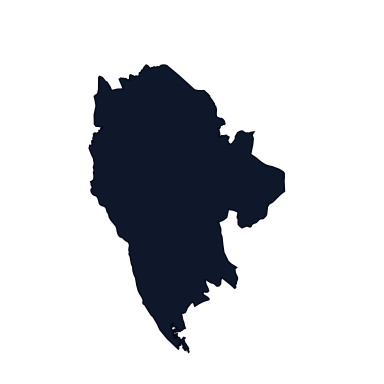 Kasenga, Katanga, Democratic Republic of the Congo, rotated 155°
{"feature_id": "63176286B77262619841164", "entity_name": "Kasenga", "entity_type": "district", "adm_level": 2, "iso_a3": "COD", "parent_name": "Democratic Republic of the Congo", "parent_adm1": "Katanga", "projection": "equal_earth", "projection_center": [28.249, -10.367], "detail": "fine", "context": "isolated", "style": "filled", "palette": "ink", "viewbox_px": 384, "rotation_deg": 155, "n_neighbors": 0, "source": "geoboundaries", "source_scale": "gbopen_adm2", "svg_char_len": 5984}
<svg xmlns="http://www.w3.org/2000/svg" viewBox="0 0 384 384"><g transform="rotate(155 192 192)"><path d="M155.1,303.7L161.5,317.2L163.0,318.5L164.5,319.2L166.4,319.8L169.5,319.0L170.1,320.1L172.4,320.3L173.5,321.4L175.1,321.3L175.9,321.7L176.6,321.4L177.3,321.5L177.8,322.0L179.0,325.5L180.0,326.4L183.0,325.0L184.7,323.6L186.2,323.5L187.2,322.3L189.3,322.1L189.7,321.7L190.3,320.1L191.2,319.6L192.0,319.6L193.6,320.7L194.2,320.8L194.8,320.2L195.5,320.6L196.1,321.9L198.2,324.1L198.8,324.1L199.5,323.2L201.1,320.1L203.0,320.8L204.3,322.9L205.4,323.1L206.4,324.2L207.7,324.4L208.3,325.3L210.2,324.9L210.5,316.2L210.9,315.0L211.5,314.6L216.0,316.6L221.4,317.7L222.1,318.5L221.9,321.5L222.6,327.3L223.8,329.0L224.8,333.2L225.6,334.4L226.8,335.8L228.0,335.3L233.2,324.5L235.0,322.0L236.2,320.7L239.0,320.4L240.1,320.0L240.9,316.2L242.5,310.5L247.9,303.3L251.7,294.7L251.3,292.3L248.5,290.8L245.9,288.4L246.4,287.5L246.8,287.4L247.3,287.9L247.8,287.9L249.0,286.4L249.4,286.4L249.7,286.8L250.3,287.0L250.7,285.3L251.0,285.0L251.7,285.6L252.3,285.5L253.4,284.6L254.0,285.8L254.6,286.3L255.3,286.5L255.8,285.7L256.4,286.2L256.9,286.1L257.2,284.4L257.8,283.6L258.6,283.2L259.0,282.6L259.9,279.6L260.3,279.4L260.2,280.6L260.9,280.7L261.2,279.5L261.8,279.6L261.9,279.2L262.1,277.6L262.5,277.1L264.0,276.7L264.8,277.5L266.7,275.1L267.1,268.3L267.0,264.2L268.5,258.9L271.0,255.8L271.2,253.7L271.5,253.0L273.1,251.1L273.9,248.0L275.1,245.7L276.2,244.6L277.6,244.1L279.5,244.1L279.6,242.5L280.2,241.3L280.2,239.0L280.7,237.8L282.4,236.9L282.8,236.1L283.3,234.4L282.9,232.1L282.2,230.8L280.2,228.7L279.8,226.8L279.9,224.6L280.7,220.8L280.6,219.8L279.8,218.3L277.6,216.2L276.9,215.2L276.6,213.7L277.2,209.6L276.8,207.1L277.6,203.9L277.1,200.1L275.3,193.3L275.5,190.7L276.3,188.0L276.8,184.4L276.2,181.9L274.2,180.0L272.8,176.3L270.9,173.7L270.6,172.5L271.1,169.9L272.9,167.4L273.8,165.7L273.9,163.9L274.8,163.1L275.3,162.0L275.3,159.3L277.2,152.5L277.3,149.0L278.7,145.6L279.4,140.9L279.3,138.3L281.4,130.5L282.3,125.3L282.2,121.8L281.7,117.2L281.8,114.8L283.0,112.8L283.4,111.7L283.2,110.9L282.5,109.9L281.0,98.1L279.9,95.0L279.1,87.0L279.2,80.9L276.4,69.9L270.8,55.5L270.0,56.1L269.9,56.6L269.8,57.4L270.4,57.7L270.4,58.2L269.6,58.0L269.1,58.4L268.5,58.1L267.6,58.3L267.3,58.1L266.7,58.2L266.6,58.6L266.9,58.9L268.1,59.0L267.1,60.5L266.5,60.6L266.5,59.8L266.2,59.5L265.7,60.0L265.3,59.8L265.4,59.4L265.0,58.7L264.5,58.8L264.7,59.6L264.1,59.9L264.0,58.7L264.4,57.9L264.9,57.4L265.2,55.3L265.9,55.0L266.0,54.5L265.6,53.8L265.3,51.8L264.7,51.9L264.5,52.5L264.7,51.4L264.5,51.0L263.4,52.1L262.7,51.7L262.7,50.2L262.9,48.7L262.8,48.2L262.3,48.5L262.2,50.8L261.3,51.4L261.4,53.9L261.8,54.8L261.7,56.2L262.2,58.1L261.9,61.2L262.1,61.6L261.7,62.1L260.4,62.3L260.0,62.7L260.9,63.7L262.1,63.3L263.0,62.4L264.1,62.7L264.3,62.2L265.1,61.9L265.6,62.5L265.0,64.2L264.9,65.1L265.1,65.4L266.5,66.5L266.2,68.4L267.2,68.2L268.2,67.3L268.5,67.3L268.0,66.6L269.5,67.1L269.7,67.4L269.1,68.5L269.1,68.9L269.6,69.5L269.5,70.0L269.2,70.0L269.2,70.5L268.1,69.2L266.9,69.1L267.1,68.8L267.8,68.8L269.1,69.6L268.4,69.0L267.6,68.7L266.0,68.9L265.4,69.8L267.3,70.2L268.1,70.0L268.6,70.7L268.5,71.5L268.1,72.3L268.2,73.4L267.8,74.7L268.5,75.6L268.7,76.4L268.1,77.3L267.1,78.0L267.9,78.9L267.8,79.8L267.4,80.1L266.0,80.2L264.9,80.8L265.0,80.4L265.5,79.6L266.0,79.2L265.7,78.9L265.7,78.1L265.2,77.6L264.2,77.4L264.0,76.4L263.4,76.3L263.2,75.9L263.8,74.2L264.0,74.9L264.5,74.4L265.3,75.0L265.6,74.9L265.6,74.3L266.5,74.7L266.9,73.6L266.9,73.4L266.5,73.6L266.7,72.9L266.7,72.3L266.5,72.0L264.3,71.7L263.5,71.3L262.0,71.3L261.6,70.7L260.8,71.0L259.3,71.0L258.9,71.4L258.4,71.3L257.7,71.6L255.7,71.4L255.5,73.7L254.7,77.4L254.5,80.2L252.9,86.6L252.3,86.6L250.9,85.8L248.8,85.8L245.2,89.1L241.2,91.2L239.4,91.9L238.1,91.8L237.3,91.0L237.7,87.3L233.4,87.9L227.6,88.1L222.2,87.3L221.8,87.9L222.1,89.3L225.1,94.1L225.1,95.5L224.1,96.4L223.3,96.4L222.4,96.1L221.8,95.4L220.8,95.3L220.5,94.9L219.2,95.1L218.7,95.5L218.4,97.6L218.4,102.4L218.0,104.3L216.9,107.0L215.4,105.7L214.8,104.2L212.7,101.3L211.4,100.6L210.5,99.4L209.2,96.2L207.4,95.6L206.1,96.0L205.0,96.7L203.5,99.5L201.8,101.5L201.0,101.7L196.2,92.2L194.0,86.8L193.1,86.8L192.5,87.4L192.1,90.0L191.1,89.9L190.6,90.3L189.7,91.9L187.8,93.6L187.0,95.3L187.0,100.5L185.8,104.2L183.5,104.8L187.3,110.5L188.6,114.1L188.7,123.8L186.4,131.4L183.9,138.6L183.6,142.3L181.6,146.3L180.8,153.2L180.4,153.5L175.0,153.5L171.3,154.4L166.4,160.9L162.5,158.4L159.6,155.6L158.9,154.1L159.2,153.3L161.7,150.0L161.7,147.1L162.8,145.5L163.7,143.0L163.1,140.9L161.9,138.5L161.1,138.3L159.8,138.4L157.2,138.2L156.0,137.7L154.7,136.2L153.7,135.7L152.6,136.2L152.1,137.0L150.4,137.6L146.6,137.3L142.0,139.0L138.6,137.9L135.5,139.0L133.9,140.2L130.0,146.7L127.1,148.6L123.4,148.8L112.7,152.6L107.9,153.6L103.9,163.4L102.5,165.8L100.7,169.7L100.6,170.7L100.9,171.8L103.7,175.9L108.8,181.1L111.1,182.8L114.0,185.5L116.7,189.6L119.8,196.1L122.8,201.0L122.6,201.9L117.3,209.0L114.5,213.6L113.8,215.1L113.7,217.8L112.7,218.9L110.6,220.2L113.7,221.1L115.7,221.2L116.8,222.1L118.0,222.2L119.8,224.5L120.5,225.9L121.7,226.4L123.7,226.6L125.7,226.4L127.1,225.2L129.1,224.0L129.9,222.2L131.3,220.9L135.3,218.9L136.9,218.8L137.8,220.0L138.1,221.0L138.0,223.7L135.3,226.1L136.5,227.6L136.8,228.7L137.4,229.1L138.9,229.2L141.4,230.5L142.1,230.4L142.8,229.9L144.0,230.3L143.8,231.4L142.7,232.1L142.6,233.0L142.0,234.1L141.9,235.5L141.5,236.5L141.9,237.7L141.8,238.4L141.3,237.8L140.8,237.8L139.1,238.9L138.9,239.9L138.5,239.9L138.3,240.3L136.3,239.9L135.8,240.4L135.2,240.3L134.2,239.6L133.7,239.7L133.1,240.4L133.2,241.5L132.9,242.8L133.2,244.3L133.5,244.3L133.6,245.3L134.1,245.4L134.5,246.4L135.5,246.5L136.2,247.4L136.8,247.5L136.9,248.2L138.2,249.9L136.9,253.3L135.7,255.3L135.0,256.9L134.5,259.5L135.0,260.9L134.5,262.7L134.9,264.3L134.9,265.7L135.9,270.4L135.6,271.5L136.0,273.2L138.3,278.8L140.3,279.5L144.6,281.8L146.4,283.3L146.8,283.9L155.1,303.7Z" fill="#0f172a" stroke="#020617" stroke-width="1.5"/></g></svg>